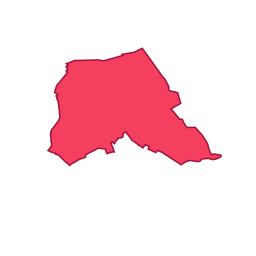 outline of Landgraaf, Limburg, Netherlands, rotated 41°
{"feature_id": "6326949B53909920900869", "entity_name": "Landgraaf", "entity_type": "district", "adm_level": 2, "iso_a3": "NLD", "parent_name": "Netherlands", "parent_adm1": "Limburg", "projection": "robinson", "projection_center": [6.038, 50.902], "detail": "fine", "context": "isolated", "style": "filled", "palette": "rose", "viewbox_px": 256, "rotation_deg": 41, "n_neighbors": 0, "source": "geoboundaries", "source_scale": "gbopen_adm2", "svg_char_len": 5143}
<svg xmlns="http://www.w3.org/2000/svg" viewBox="0 0 256 256"><g transform="rotate(41 128 128)"><path d="M82.9,66.9L75.1,76.5L76.5,76.7L74.9,79.1L73.9,80.6L69.7,87.1L68.9,88.3L67.5,90.3L67.0,91.2L66.2,92.3L65.7,93.0L65.4,93.3L63.4,94.6L60.8,96.2L55.8,100.8L50.9,105.3L49.6,106.5L47.9,108.0L45.6,110.1L44.7,111.0L44.0,111.6L43.7,111.6L43.0,113.0L42.7,113.6L42.3,114.4L42.0,114.9L41.7,115.4L41.4,116.1L40.5,117.8L39.9,119.0L39.7,119.4L39.6,119.7L39.3,119.6L39.2,120.0L39.3,120.0L39.5,120.0L40.5,120.0L41.4,120.0L42.0,120.1L41.9,121.1L41.6,121.4L41.2,121.6L40.9,122.3L41.2,122.4L42.6,122.6L43.3,122.9L43.2,123.2L43.7,123.3L44.0,123.4L43.9,123.6L44.4,123.8L44.1,124.8L43.9,125.5L44.5,125.9L45.0,125.8L45.4,125.7L45.8,125.7L45.9,126.5L45.9,126.9L46.0,127.5L46.0,128.0L46.0,128.4L46.0,128.9L46.1,130.7L46.1,131.1L46.1,131.5L46.1,132.1L46.1,133.0L46.1,133.5L46.2,135.0L46.2,135.4L46.2,135.9L46.2,136.4L46.2,137.0L46.3,138.2L46.3,139.6L46.3,141.6L46.3,142.8L46.7,143.7L46.7,143.9L47.2,144.8L47.5,145.4L48.5,147.7L48.8,148.3L49.3,149.3L50.7,149.1L50.9,149.0L51.1,148.9L52.0,148.8L52.9,148.6L52.7,151.0L53.3,150.8L53.7,150.7L54.1,151.3L54.3,151.6L54.6,152.0L54.9,152.4L55.3,152.1L55.6,152.4L56.0,152.8L56.3,153.0L56.5,153.2L56.7,153.3L57.0,153.5L57.6,153.7L58.1,153.9L60.1,155.8L60.4,156.0L62.9,158.3L64.5,159.7L64.6,159.8L66.7,161.9L67.4,162.7L69.4,164.4L69.8,165.5L70.8,167.7L71.6,179.7L72.2,181.2L72.5,181.6L72.4,181.9L73.4,183.0L73.2,183.1L73.4,183.4L77.3,186.8L77.4,187.1L77.5,187.1L77.9,187.8L78.2,188.2L80.8,190.1L81.1,190.4L81.6,191.7L82.2,192.5L82.4,197.5L84.6,197.0L84.9,196.8L85.4,196.7L86.1,196.4L88.1,195.5L89.1,195.1L89.5,194.9L90.0,194.6L90.6,195.3L90.8,195.3L91.4,195.0L91.5,194.9L91.9,194.6L92.1,194.5L92.3,194.4L92.6,194.3L93.0,194.2L93.5,194.1L94.0,194.1L94.6,194.1L95.8,194.2L99.2,194.4L100.2,194.4L101.0,194.5L101.8,194.5L102.5,194.5L106.0,194.5L108.6,194.5L108.7,192.7L109.6,190.3L109.8,189.8L110.1,189.0L111.8,183.7L115.0,178.2L113.6,175.2L114.4,174.0L115.6,171.0L117.1,167.2L118.8,162.8L124.6,158.7L125.2,159.0L126.7,160.0L127.3,160.4L127.6,160.5L127.9,160.7L128.6,160.9L129.1,161.1L129.2,160.8L129.3,160.8L129.6,160.2L129.8,159.7L130.1,159.1L130.4,158.6L130.8,158.1L131.2,157.6L131.7,156.8L131.7,156.4L132.1,156.0L132.4,155.9L133.4,155.1L131.9,154.2L130.7,153.5L130.1,153.2L129.5,152.8L127.0,151.6L124.6,150.4L124.9,150.3L124.9,150.1L125.0,150.0L125.0,149.9L125.0,149.7L125.1,149.3L125.3,149.3L125.5,149.2L125.6,148.9L125.6,148.7L125.9,148.7L126.0,148.6L126.3,148.7L126.5,148.8L126.9,148.9L127.2,148.9L127.3,148.9L127.5,148.8L127.8,148.8L128.1,148.8L128.2,148.7L127.9,148.1L127.8,147.6L127.6,146.9L127.5,146.6L127.5,146.1L127.4,145.7L127.4,145.4L127.5,144.9L127.5,144.7L127.5,144.2L127.7,143.4L127.7,143.0L127.6,142.9L127.4,142.7L127.3,142.4L127.2,142.1L127.3,142.0L127.4,141.8L127.7,141.4L127.9,141.2L128.0,141.1L128.3,140.9L128.6,140.8L128.7,140.7L129.0,140.2L129.3,139.6L129.6,139.1L129.9,138.4L129.9,138.2L129.8,137.7L129.7,137.5L129.0,136.8L128.7,136.4L128.3,135.8L128.3,135.6L128.2,135.5L128.1,135.1L128.2,134.6L128.4,133.9L128.8,132.4L131.6,133.1L131.9,133.0L132.9,133.2L134.2,133.5L135.7,133.9L136.6,134.1L137.6,134.3L138.6,134.5L138.8,134.6L141.6,134.3L145.2,134.0L146.8,134.0L146.8,133.8L151.1,133.4L151.1,133.1L152.4,133.1L152.2,131.3L152.2,130.2L152.3,130.1L152.2,129.9L152.1,129.5L151.9,129.3L152.3,129.2L152.7,129.0L155.2,128.3L156.0,128.0L157.1,130.7L165.1,128.3L165.1,127.9L164.9,126.3L164.8,125.7L164.8,125.4L166.9,125.0L169.3,124.1L182.2,122.3L185.4,121.8L185.8,121.8L187.7,121.5L192.2,120.9L192.3,120.5L192.5,119.7L192.7,118.9L192.9,118.2L193.1,117.5L193.5,116.5L193.8,115.7L193.9,115.3L194.0,115.2L194.1,114.9L194.2,114.7L194.3,114.6L194.4,114.4L194.5,114.2L194.6,113.8L194.8,113.6L194.9,113.4L195.0,113.3L195.0,113.2L195.2,112.9L195.3,112.9L195.4,112.7L195.5,112.6L195.6,112.4L195.8,112.3L195.8,112.2L196.0,112.1L196.2,111.9L196.3,111.7L196.5,111.5L196.9,111.3L197.1,111.1L197.3,111.0L197.4,110.9L197.6,110.8L197.9,110.6L199.2,109.8L202.5,107.7L202.9,107.4L203.4,106.9L203.7,106.6L203.9,106.1L204.1,105.7L204.2,105.3L204.2,104.8L204.1,104.4L204.1,104.2L204.0,103.7L204.1,103.3L204.2,102.9L204.5,102.6L207.4,99.4L207.8,99.0L208.5,98.3L208.9,98.1L209.4,97.8L211.4,96.9L211.9,96.7L212.3,96.5L212.7,96.2L213.0,95.9L213.3,95.6L213.7,95.2L214.9,93.4L215.1,93.1L215.2,92.8L215.4,92.5L215.7,91.9L216.7,89.8L216.8,89.5L216.8,89.3L216.8,89.0L216.8,88.7L216.7,88.4L216.5,88.2L216.1,87.5L215.8,87.7L209.9,91.1L208.7,93.4L205.2,92.0L204.2,91.5L201.7,90.0L199.1,88.2L196.2,86.9L193.0,86.0L188.2,84.6L184.9,84.3L184.7,84.3L183.8,84.2L178.4,83.4L175.4,86.0L172.3,88.8L172.2,88.8L170.8,88.6L169.9,88.6L169.1,88.3L168.1,87.9L165.9,87.1L163.8,86.1L163.3,85.8L162.6,86.3L162.1,86.7L161.6,87.1L161.3,87.5L152.8,86.1L147.9,85.4L149.0,82.3L150.7,77.3L151.6,74.8L150.2,73.9L146.6,71.6L143.3,69.4L142.5,68.8L140.3,69.6L139.6,70.0L138.6,70.7L136.8,71.7L136.2,72.0L135.8,72.2L133.5,72.8L133.0,71.8L132.5,71.1L132.5,70.9L132.3,70.7L132.2,70.7L131.5,70.1L131.0,69.8L129.9,69.3L126.9,68.1L123.5,66.8L121.5,66.8L113.8,65.0L107.2,63.4L93.8,60.2L86.5,58.5L85.9,59.8L82.9,66.9Z" fill="#f43f5e" stroke="#9f1239" stroke-width="1.5"/></g></svg>